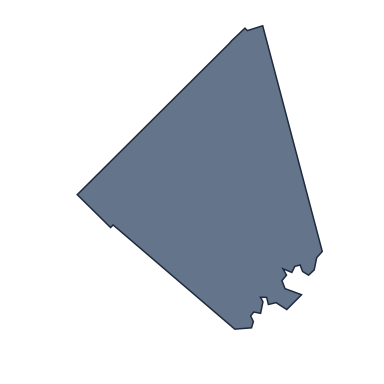 Lampasas, Texas, United States of America, rotated 256°
{"feature_id": "52423323B89118572661224", "entity_name": "Lampasas", "entity_type": "district", "adm_level": 2, "iso_a3": "USA", "parent_name": "United States of America", "parent_adm1": "Texas", "projection": "albers", "projection_center": [-98.387, 31.247], "detail": "fine", "context": "isolated", "style": "filled", "palette": "slate", "viewbox_px": 384, "rotation_deg": 256, "n_neighbors": 0, "source": "geoboundaries", "source_scale": "gbopen_adm2", "svg_char_len": 554}
<svg xmlns="http://www.w3.org/2000/svg" viewBox="0 0 384 384"><g transform="rotate(256 192 192)"><path d="M177.2,104.4L179.1,107.5L48.6,200.3L45.8,216.9L51.4,220.2L57.5,218.9L60.6,222.9L57.7,229.2L68.3,234.3L73.3,233.0L71.7,238.9L64.4,238.9L64.3,246.8L55.0,255.5L65.8,273.4L75.7,258.9L84.2,257.8L88.5,263.6L95.5,261.7L89.8,269.4L95.0,273.8L95.0,279.2L88.1,280.1L83.1,285.0L86.8,291.7L98.1,297.1L102.8,304.0L336.2,300.8L335.2,284.8L338.2,283.0L329.0,266.8L327.2,264.3L217.2,80.0L177.2,104.4Z" fill="#64748b" stroke="#1e293b" stroke-width="1.5"/></g></svg>